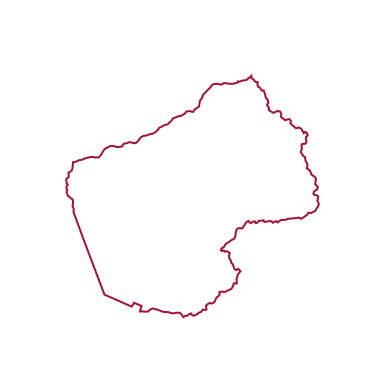 the district of Buriti Bravo, Maranhão, Brazil, rotated 25°
{"feature_id": "56859067B93181490045826", "entity_name": "Buriti Bravo", "entity_type": "district", "adm_level": 2, "iso_a3": "BRA", "parent_name": "Brazil", "parent_adm1": "Maranhão", "projection": "natural_earth1", "projection_center": [-43.798, -5.776], "detail": "fine", "context": "isolated", "style": "outline", "palette": "rose", "viewbox_px": 384, "rotation_deg": 25, "n_neighbors": 0, "source": "geoboundaries", "source_scale": "gbopen_adm2", "svg_char_len": 4093}
<svg xmlns="http://www.w3.org/2000/svg" viewBox="0 0 384 384"><g transform="rotate(25 192 192)"><path d="M302.5,170.0L305.8,164.3L306.3,161.5L308.8,160.7L311.8,156.9L311.8,154.2L312.4,152.1L312.1,149.4L310.9,148.2L309.1,146.7L308.9,144.4L308.2,142.6L306.0,142.3L304.3,143.0L302.7,142.2L302.4,139.7L304.3,136.9L303.9,134.2L300.4,132.9L299.5,130.4L299.0,127.8L297.0,126.5L295.2,126.1L293.0,125.8L291.3,124.0L290.0,122.9L288.6,122.5L286.1,122.1L285.3,118.8L283.6,116.9L281.6,115.7L279.8,112.6L277.5,112.3L273.6,109.8L273.4,107.8L273.1,105.8L271.5,103.6L271.5,101.9L273.4,101.0L274.5,99.9L274.3,97.9L272.1,94.1L273.0,91.9L271.2,90.0L269.1,89.7L268.5,91.5L264.2,88.4L261.5,88.4L259.4,90.3L252.2,88.3L251.6,85.7L249.6,84.7L247.5,86.2L246.1,87.6L243.9,87.0L242.2,86.8L240.9,86.2L239.9,83.6L238.1,81.9L235.5,82.3L233.6,84.3L232.3,85.9L230.7,85.8L229.0,85.5L227.3,85.5L226.1,83.3L223.0,81.1L223.5,78.8L222.5,77.3L221.3,76.2L219.5,75.7L218.2,74.4L216.7,72.3L214.1,69.7L212.4,70.6L209.0,68.6L207.6,68.7L205.7,66.8L205.1,64.6L202.5,65.4L200.9,64.3L197.7,63.5L196.7,61.7L196.0,63.7L194.8,65.0L194.7,66.6L192.9,68.3L190.4,69.9L188.5,72.0L187.0,72.2L186.9,73.8L185.1,75.0L184.0,76.4L182.4,77.0L180.3,78.0L178.0,78.8L174.9,79.7L174.0,81.6L172.2,82.7L169.2,83.3L166.6,84.8L165.4,85.9L164.7,87.5L164.5,89.4L163.2,92.7L162.2,95.7L161.5,97.5L160.9,99.4L161.3,101.7L161.1,104.4L160.6,106.1L161.2,107.8L162.2,111.8L160.6,114.2L159.4,116.4L159.2,118.8L157.8,119.4L156.0,119.5L152.8,121.5L152.4,123.8L151.5,125.3L149.6,128.0L147.8,128.9L146.3,130.6L144.8,132.2L143.4,133.7L143.4,136.1L142.2,138.4L141.5,140.9L139.9,142.1L137.9,143.8L136.7,146.0L135.2,147.6L134.9,149.4L133.9,152.5L132.6,154.7L131.4,156.0L129.7,157.4L128.5,158.1L127.5,159.3L126.4,160.5L124.5,161.4L122.4,164.3L121.7,168.0L120.8,170.7L119.8,171.9L117.6,172.6L115.3,172.8L113.7,173.8L112.2,175.4L109.7,177.1L109.3,180.5L105.8,182.6L103.8,183.3L101.6,183.3L99.6,184.2L98.1,185.3L96.5,187.7L95.3,188.8L94.4,191.2L94.1,193.9L93.7,197.4L93.0,199.8L91.2,200.9L89.8,201.7L88.0,201.8L84.5,203.7L81.7,206.0L80.1,207.4L79.0,209.0L77.7,209.9L76.4,210.8L74.8,212.6L73.2,214.3L71.6,215.2L72.6,217.9L73.7,221.1L73.9,223.1L73.4,224.6L71.8,226.7L73.0,228.5L74.0,230.8L72.8,232.4L72.8,234.3L74.0,235.8L74.9,237.3L76.4,237.8L75.9,239.5L76.5,241.5L78.2,242.9L78.2,245.1L79.9,246.5L81.3,248.1L82.9,248.0L84.8,249.0L86.6,249.0L87.9,250.3L88.9,252.6L89.7,255.3L90.9,256.3L92.2,257.5L92.8,259.9L111.2,278.3L156.0,322.0L164.3,321.8L167.6,321.7L185.7,321.4L186.2,319.1L186.2,316.9L194.5,316.6L195.0,320.6L195.4,322.3L197.0,321.3L198.4,320.9L200.4,320.1L202.7,319.0L203.9,316.0L205.5,314.2L209.0,313.6L210.6,313.1L212.7,313.1L215.2,312.9L217.3,312.6L219.7,311.6L221.6,310.8L223.5,310.7L226.4,309.9L228.4,308.4L231.8,306.6L233.7,307.1L237.0,309.1L238.2,307.2L240.2,305.9L241.2,303.8L242.4,302.5L244.2,303.6L245.8,303.4L248.4,300.5L249.1,298.6L250.9,296.9L251.5,293.9L253.6,293.5L254.8,292.5L254.0,291.1L252.7,289.2L253.8,286.6L255.0,285.0L256.9,284.9L258.0,283.9L259.0,281.2L258.7,278.7L259.1,276.7L260.1,275.1L260.3,272.7L259.1,271.2L261.0,269.6L262.9,269.3L264.7,268.2L265.6,266.5L267.3,265.0L268.6,262.9L269.1,259.7L268.4,258.1L269.0,256.6L271.1,256.3L270.7,254.5L269.4,252.9L268.9,250.0L268.4,247.8L268.9,245.5L269.4,243.3L268.0,242.7L266.3,242.2L265.0,244.1L263.4,244.0L261.4,242.3L259.6,240.2L257.7,239.8L256.6,238.2L255.0,236.9L253.6,236.0L252.3,233.6L252.0,231.4L249.9,230.9L248.4,231.0L246.9,232.2L245.4,231.5L244.1,232.9L242.6,232.3L242.7,230.4L244.1,228.6L244.3,225.8L245.4,223.3L246.5,222.0L248.1,218.8L249.5,217.3L250.2,215.5L249.7,212.7L248.6,209.9L248.3,207.0L249.1,205.5L250.6,204.5L252.9,203.9L253.4,200.9L253.7,198.5L254.1,196.0L255.6,194.3L256.7,195.3L258.6,195.2L259.7,193.2L261.3,192.1L262.8,193.3L264.3,192.1L264.7,189.9L266.9,188.8L268.8,187.4L270.3,188.6L272.2,187.3L273.5,186.3L275.1,185.1L276.8,185.2L278.2,185.7L279.3,184.1L280.7,182.8L282.6,183.3L283.5,181.3L284.8,179.6L286.5,178.7L288.2,177.9L290.3,175.8L292.7,174.4L293.9,173.6L295.2,172.9L296.5,172.2L298.0,171.2L299.5,170.1L302.5,170.0Z" fill="none" stroke="#9f1239" stroke-width="2"/></g></svg>